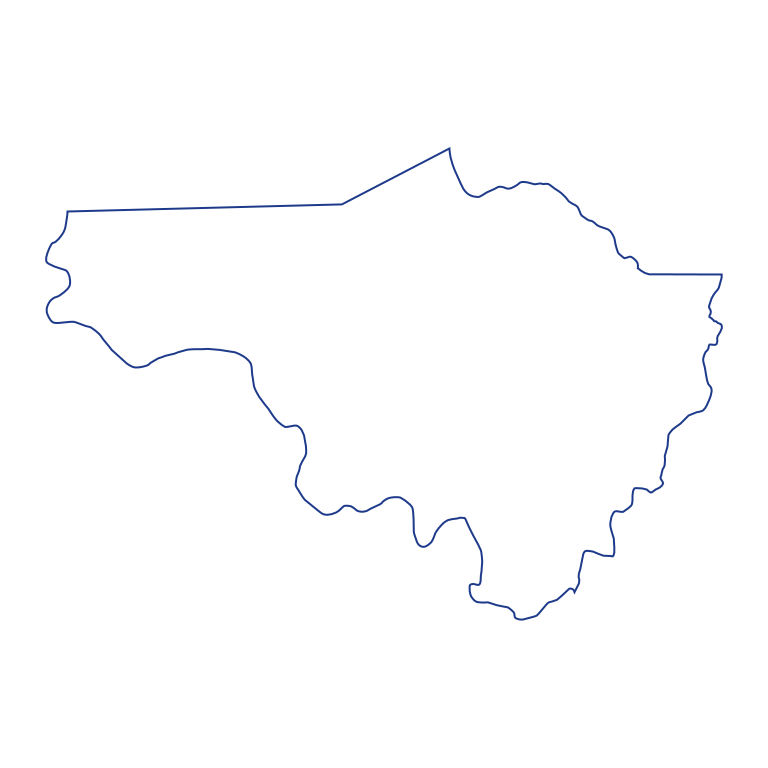 outline of Santa Rita, Yoro, Honduras
{"feature_id": "27666195B22106740094375", "entity_name": "Santa Rita", "entity_type": "district", "adm_level": 2, "iso_a3": "HND", "parent_name": "Honduras", "parent_adm1": "Yoro", "projection": "equal_earth", "projection_center": [-87.807, 15.185], "detail": "fine", "context": "isolated", "style": "outline", "palette": "blue", "viewbox_px": 768, "rotation_deg": 0, "n_neighbors": 0, "source": "geoboundaries", "source_scale": "gbopen_adm2", "svg_char_len": 6063}
<svg xmlns="http://www.w3.org/2000/svg" viewBox="0 0 768 768"><path d="M111.8,350.0L126.1,362.9L127.8,364.2L129.9,365.5L132.3,366.7L134.2,367.3L135.7,367.5L139.5,367.3L143.2,366.6L146.7,365.6L148.4,364.8L150.5,362.9L158.3,358.3L161.3,357.4L165.4,355.8L174.7,353.6L177.9,352.3L186.5,349.9L188.8,349.5L194.3,349.2L202.1,349.2L207.9,348.9L219.7,349.9L235.0,352.3L239.2,354.0L243.7,356.5L246.3,358.4L248.6,360.6L250.0,362.3L251.0,364.1L251.7,367.6L252.1,373.7L254.0,386.2L254.5,387.8L256.0,391.2L259.2,396.9L264.7,404.3L268.3,408.7L271.8,414.0L273.9,417.0L276.2,419.9L277.8,421.6L282.0,425.1L284.8,426.8L285.7,427.0L287.9,426.8L294.3,425.6L296.3,425.6L297.6,426.0L299.2,427.2L301.0,429.1L301.9,430.6L303.2,433.5L303.9,435.1L304.2,436.3L305.9,446.0L306.2,450.2L306.1,453.5L305.2,456.3L302.0,461.9L299.9,466.4L299.7,468.3L299.0,471.1L297.2,475.5L296.7,476.9L296.0,481.1L295.7,484.2L295.9,485.8L296.5,487.2L302.6,496.9L304.8,499.8L317.2,509.9L321.4,513.2L322.8,513.9L324.2,514.5L326.9,514.8L329.6,514.5L331.8,514.1L336.1,512.5L338.7,510.9L343.2,506.6L344.2,506.0L345.5,505.7L348.3,505.8L351.0,506.3L353.5,507.8L357.0,510.6L358.7,511.3L361.9,511.8L365.1,511.4L367.0,510.8L370.8,508.6L379.8,504.4L381.5,503.3L382.7,501.8L384.3,500.5L386.3,499.2L388.2,498.3L390.8,497.6L394.2,497.2L398.2,497.2L400.4,497.6L405.1,500.5L410.0,504.6L411.2,506.0L412.2,507.5L412.8,509.4L413.2,512.9L413.6,519.6L413.8,531.8L414.3,534.2L417.0,542.1L417.7,543.3L418.7,544.7L419.8,545.6L421.2,546.4L422.6,546.8L424.3,546.8L426.3,546.1L428.6,544.6L431.1,542.4L432.3,540.6L433.8,537.3L435.3,533.2L437.0,530.5L438.7,528.2L441.7,524.8L443.5,523.0L445.4,521.6L448.0,520.1L451.8,519.2L457.1,518.5L460.3,517.7L464.5,518.0L465.1,518.6L465.8,519.8L469.0,527.1L472.9,534.9L478.0,544.3L480.7,549.9L481.3,552.1L481.9,557.0L482.2,560.9L482.2,562.0L481.5,571.3L480.9,575.3L480.6,581.0L480.3,582.5L480.0,583.5L479.6,584.2L479.1,584.6L478.6,584.9L476.9,584.8L473.3,583.9L471.2,584.3L470.4,584.7L470.0,585.1L469.7,585.9L469.6,587.3L469.7,591.3L470.5,594.8L471.3,596.7L472.6,598.5L474.3,600.4L475.8,601.4L477.3,602.1L481.3,602.5L485.5,602.5L487.8,602.3L496.5,605.1L502.1,606.3L507.1,607.2L508.3,607.6L511.5,610.1L513.7,612.3L514.4,613.9L514.5,615.7L514.8,616.9L515.4,618.0L517.2,618.8L519.8,619.5L523.1,619.5L533.7,616.7L535.8,616.0L536.8,615.5L539.0,613.3L546.5,604.4L548.0,602.9L549.3,602.2L552.2,601.5L557.0,599.8L561.5,596.0L569.2,588.8L569.9,588.6L571.1,588.6L572.9,589.3L573.8,590.3L574.5,592.2L578.7,583.9L579.0,583.1L579.3,580.2L579.2,579.2L578.6,577.0L578.9,573.7L580.3,569.0L583.2,554.4L583.9,552.6L584.9,551.4L585.8,551.0L587.1,550.8L590.9,551.2L593.3,551.7L598.8,554.0L603.4,555.7L610.7,556.0L612.4,556.4L613.0,556.2L613.7,554.9L614.3,552.6L614.3,547.4L613.8,538.7L611.3,530.3L610.5,527.0L610.3,525.5L610.3,523.9L610.5,522.0L611.5,516.8L613.2,513.3L614.1,512.0L614.7,511.6L615.6,511.3L616.7,511.2L620.7,511.8L622.6,511.9L623.2,511.8L628.3,508.2L631.1,505.7L631.9,504.2L632.3,502.4L632.5,500.0L632.5,495.7L633.0,491.6L633.4,490.2L634.4,488.5L635.1,488.2L636.0,488.1L641.8,488.4L644.7,489.0L647.1,489.7L648.7,491.3L650.6,492.5L651.9,492.3L655.7,489.5L658.3,488.3L660.0,487.3L662.2,485.3L663.1,483.2L662.5,481.6L660.6,478.6L660.6,476.8L661.3,475.3L661.7,473.0L662.7,469.1L663.9,467.2L664.6,465.4L665.0,460.1L664.8,455.9L667.5,446.5L668.4,435.6L668.8,434.3L670.1,432.4L672.4,429.7L675.2,427.4L680.4,423.7L688.6,415.5L696.5,412.3L699.6,411.7L701.6,411.1L702.7,410.6L703.5,410.0L705.3,407.9L706.7,405.5L709.2,399.9L710.8,395.4L711.6,391.5L711.6,390.2L711.5,389.1L711.1,387.8L710.4,386.6L708.3,384.1L707.2,380.8L706.3,376.3L704.9,367.8L703.5,362.5L703.2,360.5L703.2,358.8L703.6,357.0L704.6,354.0L705.6,352.0L707.2,350.4L708.3,348.8L708.5,348.1L708.7,346.3L709.4,344.7L710.3,344.5L714.8,344.9L715.8,344.6L716.6,343.9L717.0,342.8L717.3,341.5L717.2,338.0L717.7,336.1L720.5,331.4L721.8,328.2L721.9,327.0L721.8,326.0L721.5,325.1L720.9,324.3L720.1,323.8L718.1,323.1L716.8,322.1L716.2,321.4L714.2,321.2L713.3,320.0L711.2,318.1L709.4,317.0L709.4,316.5L709.5,315.6L710.6,313.6L710.8,311.4L710.3,309.6L709.6,308.6L709.0,307.1L709.1,305.9L711.6,298.4L713.6,294.8L715.0,292.8L717.5,289.9L718.8,287.8L721.6,277.8L721.7,274.5L649.2,274.3L644.9,273.0L640.6,270.4L639.5,269.4L637.8,268.3L638.0,266.7L637.9,265.0L637.7,263.6L637.2,262.5L636.7,261.6L635.2,259.9L632.7,257.8L631.2,256.9L629.9,256.7L625.8,257.9L624.4,258.2L623.2,257.4L618.5,253.4L617.6,251.5L616.5,248.1L615.4,243.9L614.6,239.4L614.1,237.6L612.2,233.9L610.7,231.7L609.8,230.8L608.6,229.8L607.5,229.2L599.7,226.5L598.0,225.7L596.4,224.6L594.6,222.9L592.9,221.6L591.5,220.9L589.2,220.5L587.4,219.6L582.3,216.1L581.6,215.4L580.8,214.2L578.6,208.9L577.8,207.3L577.1,206.5L575.7,205.4L572.4,203.7L569.4,201.8L568.5,201.0L566.9,198.9L565.3,197.0L561.6,193.4L559.0,191.4L554.4,188.4L550.0,185.0L548.2,184.0L546.2,183.8L543.0,184.1L540.5,183.4L534.7,184.3L527.0,182.3L524.0,182.0L521.7,182.0L519.9,182.7L517.4,184.8L514.4,186.6L511.7,187.9L510.3,188.4L508.7,188.6L507.3,188.6L506.4,188.4L504.2,187.5L501.8,186.9L499.9,186.7L498.1,187.0L494.6,188.9L486.8,192.4L482.3,195.2L479.3,196.8L477.5,197.0L474.5,196.6L472.5,196.2L470.3,195.3L468.5,194.3L466.7,192.9L465.0,191.1L463.2,188.6L461.1,184.4L454.6,170.0L452.7,164.8L450.6,157.6L449.9,153.5L449.4,148.5L341.9,204.4L67.5,211.5L67.3,215.0L66.1,223.0L65.2,228.0L64.3,230.5L63.3,232.6L62.1,234.5L60.4,236.8L58.6,239.0L55.7,241.7L54.6,242.4L52.6,243.0L51.9,243.6L51.2,244.6L49.2,248.5L47.3,253.4L46.3,257.2L46.1,259.5L46.3,261.1L46.9,262.3L47.6,263.0L49.1,264.0L54.6,266.6L64.7,269.9L65.9,270.4L66.9,271.2L68.2,273.2L69.5,276.6L70.1,280.9L70.1,283.0L70.0,284.3L69.4,286.2L68.1,288.3L66.9,289.6L64.4,291.9L60.9,294.6L58.7,296.0L57.4,296.6L54.7,297.5L53.3,298.3L51.5,299.7L50.1,301.1L49.0,302.8L48.0,304.6L47.3,306.4L46.9,307.9L46.7,309.3L46.7,310.8L46.9,312.6L47.4,314.2L48.8,317.4L50.7,320.3L52.0,321.7L53.9,322.7L55.3,322.9L58.1,323.0L70.7,321.8L73.8,321.8L76.0,322.4L85.7,326.0L89.5,326.9L91.2,327.6L95.7,330.9L98.9,333.7L100.9,336.0L103.3,339.5L109.0,346.4L111.8,350.0Z" fill="none" stroke="#1e3a8a" stroke-width="2"/></svg>